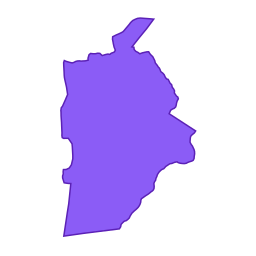 outline of Bela Cruz, Ceará, Brazil, rotated 272°
{"feature_id": "56859067B81960756923809", "entity_name": "Bela Cruz", "entity_type": "district", "adm_level": 2, "iso_a3": "BRA", "parent_name": "Brazil", "parent_adm1": "Ceará", "projection": "albers", "projection_center": [-40.267, -3.072], "detail": "fine", "context": "isolated", "style": "filled", "palette": "violet", "viewbox_px": 256, "rotation_deg": 272, "n_neighbors": 0, "source": "geoboundaries", "source_scale": "gbopen_adm2", "svg_char_len": 2713}
<svg xmlns="http://www.w3.org/2000/svg" viewBox="0 0 256 256"><g transform="rotate(272 128 128)"><path d="M193.2,62.0L191.1,61.4L188.0,61.6L186.0,61.8L181.4,62.2L178.5,62.4L176.2,62.7L173.3,63.4L166.8,65.1L159.3,66.5L157.6,65.8L154.4,64.6L147.5,61.8L145.9,60.6L143.2,60.3L141.5,60.5L137.9,60.7L134.8,61.0L131.1,61.4L128.2,61.6L120.8,62.2L118.1,62.2L116.1,62.6L115.4,64.0L115.6,68.7L110.3,72.6L107.4,73.0L98.5,73.8L95.2,73.9L89.2,72.7L87.1,71.4L85.9,70.6L84.4,67.7L84.2,64.9L82.0,64.7L79.8,64.9L77.8,64.3L75.8,64.4L73.8,65.1L71.0,66.1L70.7,68.5L70.5,70.5L70.5,72.8L50.1,71.4L41.3,70.3L34.2,69.5L17.7,67.6L21.2,87.3L26.9,122.9L29.0,124.1L31.5,124.5L33.1,125.9L34.7,127.5L35.4,129.6L36.8,131.2L38.1,132.4L40.1,133.2L42.9,134.8L45.3,137.1L47.1,139.1L48.9,140.8L50.7,142.0L52.5,142.8L54.3,143.3L56.4,143.4L57.8,143.9L59.0,145.5L61.0,148.1L62.4,150.2L63.6,151.7L64.9,153.1L65.9,154.5L67.0,155.5L68.5,156.1L70.6,156.2L73.4,155.8L75.2,156.4L76.7,157.4L78.7,157.7L80.5,158.5L82.4,159.0L84.8,160.4L86.8,162.2L87.9,163.6L88.5,165.1L89.8,166.2L90.9,167.1L92.4,169.2L93.7,171.0L94.1,173.1L95.3,175.7L95.9,178.2L95.1,179.4L94.6,181.4L94.4,183.7L94.4,185.7L94.8,187.5L95.7,189.0L96.4,190.7L97.2,193.0L98.0,194.3L99.8,195.1L102.1,195.2L104.5,195.5L107.0,195.3L108.9,194.7L110.6,193.8L112.2,193.0L113.7,191.8L115.9,190.5L117.7,190.5L119.7,190.6L121.4,190.8L122.7,191.5L124.0,192.9L125.4,194.5L127.4,195.7L143.7,168.6L145.4,169.3L147.2,170.0L148.6,171.9L149.2,173.4L150.7,174.9L152.6,175.4L154.4,175.6L156.7,176.2L158.9,177.3L160.7,176.7L161.6,175.3L162.9,174.4L164.6,173.1L166.7,173.2L168.5,172.3L170.3,170.8L172.8,170.1L174.5,168.3L176.3,167.4L178.0,166.4L178.4,164.8L180.2,163.4L182.5,162.3L184.0,160.9L185.5,158.8L187.5,158.0L189.0,157.2L190.0,156.1L191.7,155.0L194.0,153.0L196.2,152.4L198.6,151.1L200.2,150.2L201.8,148.4L203.1,147.2L204.9,146.0L204.8,144.4L204.3,142.3L203.6,139.7L202.6,137.2L203.9,135.3L204.9,133.1L206.7,131.4L208.9,131.1L209.2,129.1L218.7,136.1L227.7,143.0L237.7,149.9L237.8,148.2L237.9,146.5L238.0,144.3L238.1,141.7L238.2,139.2L238.3,136.4L237.9,133.7L236.9,131.4L235.7,129.2L234.4,127.8L233.0,126.6L231.8,125.8L230.5,124.8L229.1,123.7L227.2,122.2L225.5,120.9L224.1,119.7L223.2,118.3L222.4,116.8L221.5,115.0L220.6,113.0L219.6,111.2L218.7,109.5L216.2,109.4L213.2,110.1L211.7,110.4L208.3,111.3L205.4,112.6L203.6,111.8L202.8,110.3L202.2,108.7L200.9,107.2L201.2,105.4L200.7,103.2L200.0,101.2L199.5,99.7L200.6,98.4L201.6,97.3L201.7,95.1L201.1,92.9L201.0,90.3L201.2,88.0L199.9,86.5L197.9,86.0L196.4,85.6L194.4,85.8L193.6,83.0L193.4,80.4L193.2,78.9L193.4,77.2L193.2,75.1L192.7,73.4L191.6,71.5L191.1,69.9L191.5,67.7L192.1,65.3L192.5,63.7L193.2,62.0Z" fill="#8b5cf6" stroke="#5b21b6" stroke-width="1.5"/></g></svg>